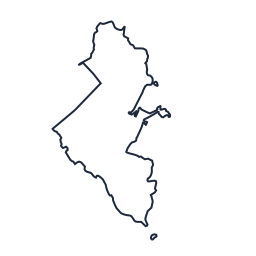 Ngerkebesang, Palau (Equal Earth projection), rotated 205°
{"feature_id": "81905179B69060738119315", "entity_name": "Ngerkebesang", "entity_type": "district", "adm_level": 2, "iso_a3": "PLW", "parent_name": "Palau", "parent_adm1": "", "projection": "equal_earth", "projection_center": [134.445, 7.355], "detail": "fine", "context": "isolated", "style": "outline", "palette": "slate", "viewbox_px": 256, "rotation_deg": 205, "n_neighbors": 0, "source": "geoboundaries", "source_scale": "gbopen_adm2", "svg_char_len": 5040}
<svg xmlns="http://www.w3.org/2000/svg" viewBox="0 0 256 256"><g transform="rotate(205 128 128)"><path d="M192.3,94.2L191.0,94.5L189.4,93.4L187.3,92.9L186.3,92.2L185.3,91.6L184.3,90.9L184.3,90.5L184.4,88.9L183.7,87.9L182.9,86.8L181.5,85.6L181.4,85.5L181.3,84.6L181.2,83.7L180.3,83.0L179.5,82.7L178.4,82.4L176.2,84.9L175.7,84.7L174.5,84.4L173.4,82.7L173.9,81.6L174.1,81.1L174.1,79.7L170.8,77.4L166.6,74.7L165.5,74.5L164.9,74.3L163.2,74.4L161.6,73.3L160.8,72.9L160.2,74.2L159.9,74.8L159.8,75.0L159.1,75.8L158.1,76.8L156.3,77.1L154.8,76.6L150.7,74.8L150.4,73.3L149.7,72.0L148.7,71.3L146.7,71.0L142.8,71.6L141.7,71.3L139.1,70.0L138.5,69.7L137.3,69.5L136.9,69.5L136.1,69.5L136.1,71.4L135.1,72.1L134.1,72.1L131.9,71.7L129.1,70.8L124.1,67.1L122.9,65.4L122.0,64.3L121.8,64.0L120.1,62.3L119.5,61.8L117.2,59.8L115.7,59.2L115.6,59.3L114.6,60.0L113.6,59.1L112.7,58.7L112.4,58.6L110.9,56.1L109.0,54.3L107.7,53.1L105.3,51.1L104.1,50.3L99.4,48.3L97.8,47.8L94.8,48.0L91.6,48.7L89.3,49.5L88.2,49.5L87.1,49.2L86.9,49.1L85.0,48.0L83.1,46.8L82.3,46.6L81.8,46.4L80.1,46.8L76.4,48.5L70.5,46.5L70.1,46.9L69.5,47.5L69.6,48.9L69.8,49.0L71.9,50.7L73.6,52.4L74.2,54.1L74.7,57.9L75.0,61.0L74.1,63.2L73.9,63.8L73.8,64.0L73.1,65.7L74.1,70.1L74.4,71.4L75.0,72.5L77.7,75.8L79.0,77.1L77.1,79.9L76.4,81.1L76.1,83.2L77.9,84.4L78.4,86.5L79.0,89.3L79.1,89.7L79.5,90.8L80.2,91.6L81.3,91.6L84.1,90.1L85.0,89.3L86.4,88.4L87.3,88.1L88.3,88.8L88.5,89.8L88.7,90.6L88.2,91.3L87.7,92.2L87.4,93.6L87.3,94.0L87.3,94.3L87.3,95.7L87.6,96.9L87.6,97.4L88.0,98.6L88.9,100.5L89.7,102.0L89.7,105.2L92.2,108.4L92.4,108.6L93.1,108.6L93.9,108.6L96.8,108.7L99.5,106.8L101.9,107.1L104.3,107.6L105.8,106.5L107.4,106.9L110.6,106.6L111.4,106.5L112.3,106.3L116.2,105.6L118.4,105.3L119.5,105.6L119.8,109.4L119.2,113.9L118.4,116.5L116.4,118.3L116.1,118.7L115.4,120.0L115.5,120.7L116.1,122.5L116.0,123.2L115.8,124.1L115.9,125.4L116.0,134.6L116.5,138.3L116.7,139.0L115.7,139.2L115.4,139.2L113.2,138.4L113.1,138.8L113.1,139.2L113.1,140.6L113.2,141.4L113.9,141.5L114.6,141.3L115.3,141.1L116.1,141.1L116.5,141.2L116.8,141.3L117.0,141.5L117.0,142.5L116.2,143.6L114.6,145.5L111.9,149.2L111.4,150.0L110.6,151.0L109.1,153.3L107.9,155.0L107.1,155.4L107.0,155.2L106.6,154.6L106.4,154.4L105.9,153.8L105.5,153.7L104.9,153.5L103.4,152.9L103.0,152.7L102.3,152.3L100.7,152.5L100.2,153.4L99.8,154.2L98.3,156.1L97.6,156.3L97.3,156.3L96.6,156.2L96.0,155.4L95.5,155.3L95.1,155.7L94.8,156.0L95.0,156.6L95.1,157.0L95.6,157.9L96.6,158.3L97.1,158.5L97.7,159.0L97.9,159.2L98.9,159.5L99.7,159.5L100.3,159.6L100.5,159.6L100.8,159.6L101.0,159.9L101.1,160.1L101.4,160.5L101.9,160.9L102.5,160.9L103.2,160.6L104.5,159.6L105.1,159.1L105.4,158.9L105.5,158.7L105.9,158.4L106.2,158.4L106.3,158.6L106.6,158.8L106.8,159.4L107.2,160.0L107.6,160.8L107.6,161.3L107.7,161.5L108.1,161.5L108.4,160.9L109.7,159.4L109.9,158.4L109.8,157.7L109.7,157.5L109.2,157.2L109.3,156.6L109.4,156.4L114.3,150.5L117.6,150.3L120.9,150.4L122.3,150.4L123.9,150.5L125.1,151.3L125.7,151.5L125.8,151.5L126.5,150.3L125.8,147.5L125.8,146.0L125.8,143.1L125.8,142.2L125.8,141.8L126.8,141.7L127.3,142.3L127.2,147.5L129.2,143.3L130.0,142.2L130.4,141.7L133.1,141.6L133.6,141.8L133.7,142.0L133.8,142.5L133.4,142.9L132.8,143.1L132.2,143.3L131.9,143.5L131.7,143.5L131.6,144.1L130.7,146.7L130.5,149.2L130.5,149.9L130.1,161.1L129.9,166.5L130.1,168.0L130.1,169.7L130.2,170.7L130.1,171.2L130.0,173.3L128.9,175.3L125.6,176.8L125.0,178.1L125.4,180.7L125.5,181.1L125.8,181.7L126.8,183.4L128.5,184.4L130.1,184.8L130.6,184.7L132.3,184.3L133.3,184.9L134.3,186.0L135.0,187.7L135.4,189.2L137.9,192.9L138.5,193.7L139.7,194.1L139.3,195.5L139.0,196.6L139.2,197.2L139.7,198.5L139.7,198.8L139.7,199.9L140.3,201.9L140.9,202.4L141.9,203.1L143.6,205.4L144.1,205.8L144.5,206.1L145.8,206.4L147.9,206.4L150.3,205.4L155.4,203.1L158.2,205.0L158.4,205.1L161.2,205.0L161.4,205.2L165.1,207.6L165.7,209.3L170.1,209.5L171.3,210.4L174.0,218.9L174.4,216.8L174.7,215.0L175.8,213.8L176.1,213.7L177.7,213.3L179.0,213.1L179.5,213.1L180.4,213.1L182.4,213.6L185.6,216.5L186.8,217.4L188.2,217.5L190.7,215.3L193.2,212.8L193.5,212.5L194.8,211.7L197.5,211.3L198.1,209.7L198.5,208.1L198.6,207.7L198.8,206.4L198.7,205.6L198.7,205.0L198.1,204.4L196.8,202.9L197.2,201.5L198.0,200.8L198.3,199.6L198.3,198.3L198.1,197.9L197.2,195.3L196.6,193.3L196.3,191.9L195.9,191.5L195.1,190.5L194.6,190.0L193.8,189.4L192.9,185.8L192.1,184.9L192.1,183.0L192.2,181.0L192.7,179.8L192.1,178.4L191.8,176.9L191.5,175.8L198.4,166.4L199.3,164.6L199.6,164.0L197.7,166.2L196.4,168.1L182.3,162.5L171.6,157.0L183.4,122.5L183.9,121.3L188.8,110.7L194.6,98.4L196.0,95.4L195.5,95.0L193.3,94.2L192.3,94.2ZM58.3,37.9L58.0,38.6L57.9,39.0L57.7,39.9L56.9,40.8L56.4,41.9L57.2,43.1L57.4,43.0L58.9,42.9L59.4,42.5L60.2,42.0L61.0,40.7L61.0,40.2L61.1,39.3L60.5,37.7L60.4,37.6L59.5,37.1L59.2,37.1L58.4,37.5L58.3,37.9ZM119.1,178.9L119.1,179.2L119.4,179.6L119.9,180.1L120.5,181.0L121.0,181.3L121.9,181.8L122.8,181.4L123.4,180.1L123.3,179.1L122.3,178.6L121.0,178.5L120.6,178.4L119.9,178.5L119.2,178.6L119.1,178.9Z" fill="none" stroke="#1e293b" stroke-width="2"/></g></svg>